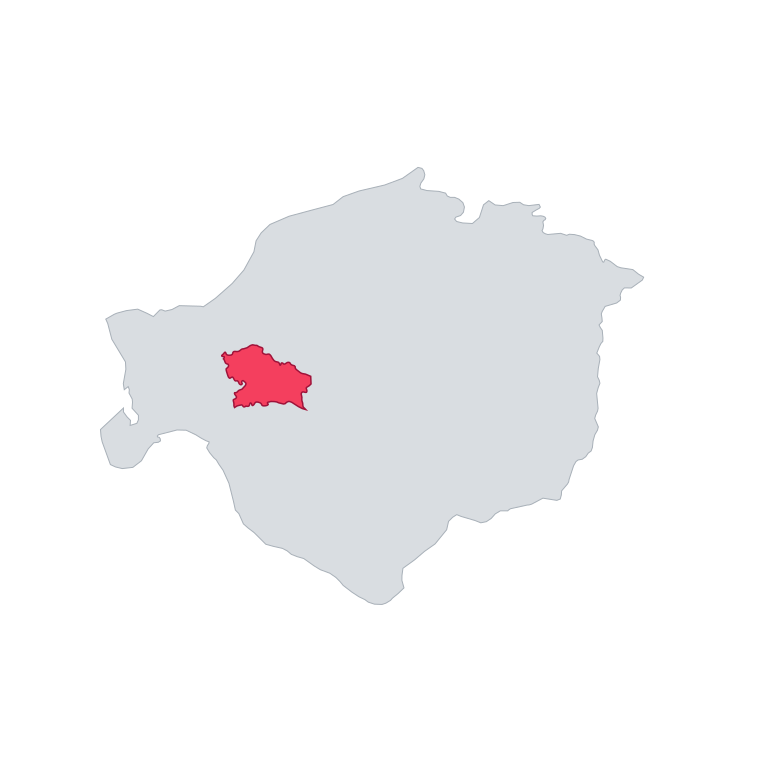 Buzau on a map of Romania (Albers equal-area conic projection), rotated 152°
{"feature_id": "ROU-314", "entity_name": "Buzau", "entity_type": "County", "adm_level": 1, "iso_a3": "ROU", "parent_name": "Romania", "parent_adm1": "", "projection": "albers", "projection_center": [26.856, 45.281], "detail": "fine", "context": "in_parent", "style": "filled", "palette": "rose", "viewbox_px": 768, "rotation_deg": 152, "n_neighbors": 0, "source": "natural_earth", "source_scale": "10m", "svg_char_len": 6725}
<svg xmlns="http://www.w3.org/2000/svg" viewBox="0 0 768 768"><g transform="rotate(152 384 384)"><path d="M574.0,427.5L580.4,436.1L588.4,440.6L607.0,445.1L608.6,444.5L608.8,443.6L607.5,442.4L607.3,440.7L608.1,438.7L610.6,438.5L614.9,440.2L622.7,437.4L634.2,430.1L644.9,428.3L654.8,432.2L660.0,436.8L663.4,441.3L662.6,447.0L662.1,450.5L660.0,465.2L658.4,470.7L655.7,476.9L625.3,485.1L627.2,481.6L626.3,475.5L624.9,470.9L627.6,466.6L620.7,465.3L617.7,467.6L615.5,471.7L617.8,480.9L614.6,486.0L613.4,488.9L613.4,495.7L611.5,498.6L611.1,501.8L616.0,500.9L614.0,506.7L605.0,518.2L601.9,524.9L603.3,551.3L599.5,567.2L599.2,571.9L589.3,572.2L586.4,571.9L576.9,569.7L566.3,565.7L560.0,557.6L556.0,551.8L547.1,554.6L545.4,553.9L543.0,551.1L536.2,549.3L528.0,549.3L509.3,538.7L507.3,537.0L492.7,538.8L470.9,544.0L454.2,550.4L436.8,561.8L429.7,570.5L421.5,575.1L409.8,578.4L389.1,576.7L367.7,571.8L344.7,566.4L332.1,568.6L315.3,566.1L290.1,559.4L271.2,556.9L252.3,559.3L249.3,556.6L248.8,553.7L249.7,549.6L252.5,546.4L257.1,544.1L259.6,541.6L260.0,539.0L255.2,534.6L245.1,528.3L241.0,524.5L240.0,523.6L239.9,520.3L237.9,517.7L234.0,515.6L231.1,512.1L229.2,507.1L229.9,502.5L233.2,498.4L237.3,496.8L242.2,497.6L244.2,496.5L243.6,493.4L239.0,489.3L230.6,484.2L221.6,486.2L212.0,495.5L205.4,496.7L201.8,489.9L195.0,485.5L184.9,483.7L178.8,480.7L176.7,476.8L172.4,473.5L162.8,469.8L162.9,466.8L164.5,466.2L168.0,466.2L172.7,465.9L173.6,464.2L173.7,462.7L170.2,460.5L166.6,458.9L164.7,457.4L163.6,455.9L163.4,454.3L164.6,453.4L166.1,453.4L167.6,452.6L168.7,449.1L170.9,446.3L172.4,445.3L172.4,443.1L171.1,441.0L169.2,439.1L166.3,437.9L157.3,434.1L152.9,429.5L150.0,429.2L145.7,426.5L141.1,422.4L137.2,416.9L132.9,413.1L131.9,411.6L131.9,410.3L132.8,408.9L132.9,407.3L132.1,402.0L133.3,396.6L133.5,391.5L133.6,389.2L132.8,388.4L131.9,389.1L130.7,390.0L129.6,390.1L126.6,386.1L123.0,378.2L120.3,375.4L115.0,371.5L110.6,368.2L107.7,361.5L104.6,356.4L107.1,354.5L120.6,352.7L126.6,356.0L129.5,355.2L132.4,353.1L134.0,351.4L134.4,349.5L135.9,347.1L140.5,346.3L152.3,348.7L157.3,345.6L159.2,343.9L160.6,339.9L162.0,336.7L166.4,335.2L166.5,332.2L166.1,328.9L169.1,321.8L170.8,318.9L173.3,318.0L176.3,315.9L181.6,311.4L180.7,307.2L181.9,304.2L187.6,297.0L192.1,290.1L192.2,286.4L193.0,283.3L196.7,280.1L200.7,275.8L206.4,262.0L208.2,259.8L211.6,257.3L214.1,254.7L214.9,245.5L217.2,243.0L221.7,240.2L226.1,235.6L229.8,230.1L232.6,227.6L236.1,227.1L240.0,225.1L244.3,224.5L248.3,225.8L250.9,225.4L255.0,222.8L265.4,212.8L267.0,210.8L269.1,209.5L277.3,206.3L279.5,202.8L282.4,199.7L286.0,200.1L297.3,208.6L309.9,208.6L312.1,209.0L312.9,209.2L314.4,209.9L330.9,214.5L333.5,214.2L334.2,213.9L340.8,217.4L346.7,217.1L352.4,215.0L358.3,214.4L363.7,216.0L367.7,220.7L378.0,230.8L381.1,234.5L386.0,234.1L391.5,232.4L397.1,225.9L414.0,218.8L426.8,217.2L439.4,214.4L453.8,212.4L458.1,206.4L460.4,202.2L462.1,194.6L469.8,192.4L477.2,190.9L479.8,189.9L485.2,189.6L489.3,190.3L495.8,194.1L500.3,198.8L502.1,202.6L506.0,207.9L510.1,215.4L514.6,225.3L515.6,230.3L517.3,235.8L520.7,242.4L527.2,249.7L528.1,251.1L531.1,256.2L536.8,267.6L541.6,272.2L545.8,277.1L547.8,282.1L550.9,286.6L557.9,292.6L563.6,298.0L568.4,313.7L571.7,320.9L573.8,326.5L573.0,337.7L574.4,342.5L571.9,351.4L567.5,369.2L566.6,383.3L567.5,390.9L567.7,395.7L568.9,398.8L570.2,405.2L570.5,410.8L568.9,412.5L566.5,413.8L565.6,415.0L567.8,417.5L570.9,422.1L574.0,427.5Z" fill="#d9dde1" stroke="#a8b0b8" stroke-width="1"/><path d="M460.3,415.2L461.4,414.6L461.9,413.8L462.4,411.9L462.8,410.7L463.7,409.2L464.2,408.1L464.5,407.0L464.6,406.1L464.9,405.0L465.9,402.7L466.1,401.7L465.9,400.7L465.6,400.0L465.1,398.2L467.7,400.7L470.2,404.3L474.0,411.1L475.2,412.5L476.2,413.3L477.9,413.6L478.7,413.5L479.4,413.4L480.1,413.1L480.8,413.1L482.2,413.6L485.9,416.9L487.2,418.6L489.3,420.1L491.8,421.5L492.5,421.8L493.7,422.0L494.5,422.3L495.1,422.4L495.5,422.3L495.8,422.1L495.9,421.7L495.9,421.2L495.7,420.7L495.8,420.4L496.3,420.1L497.2,420.0L498.6,420.3L500.4,421.1L501.4,421.9L501.7,422.6L501.7,423.4L501.7,424.4L502.2,425.5L503.7,427.1L504.8,427.8L505.6,428.1L506.4,428.0L507.1,427.7L508.5,426.9L509.2,426.7L510.0,426.6L510.4,427.0L510.5,427.5L510.3,429.1L510.6,429.8L511.1,430.0L511.6,429.7L512.1,429.2L512.6,428.7L513.2,428.2L513.7,428.0L514.7,428.2L515.4,428.6L516.0,429.1L516.4,429.3L517.5,429.2L518.2,429.4L518.7,429.8L518.9,430.4L519.0,431.0L519.1,431.7L519.5,432.4L520.1,432.6L523.0,433.4L524.3,433.6L527.0,433.4L526.8,435.1L525.8,437.0L525.4,438.2L524.9,440.1L524.4,440.8L523.6,440.9L522.7,440.8L521.8,440.8L520.7,441.3L520.3,442.0L520.3,442.9L520.6,444.8L520.4,446.0L520.0,446.4L519.6,446.3L519.1,446.0L518.5,445.8L517.7,445.8L515.4,446.5L514.6,446.5L511.8,446.1L507.0,447.8L506.2,448.5L505.7,449.2L505.6,449.9L505.7,450.5L506.6,452.8L506.9,453.2L507.5,453.3L508.2,453.2L508.7,452.6L508.9,452.1L509.0,451.5L509.0,450.9L509.3,450.6L509.9,450.4L510.4,450.4L511.0,450.7L511.3,451.2L511.6,451.8L511.7,452.5L511.6,454.2L511.7,455.1L512.0,455.7L512.6,456.0L513.3,456.2L513.8,456.6L514.1,457.2L514.2,458.1L514.2,459.8L514.2,460.5L514.4,461.1L514.9,461.4L515.7,461.5L517.1,461.4L517.6,461.6L517.9,462.2L518.1,463.0L518.0,464.3L517.7,466.1L517.1,469.3L516.7,470.7L516.2,471.5L514.0,472.1L513.3,472.4L512.6,473.2L512.4,474.0L512.5,474.8L513.1,475.3L513.7,476.1L514.1,477.1L513.7,481.0L514.0,481.6L512.6,482.3L512.4,482.7L512.4,483.2L512.8,483.6L513.5,484.0L513.9,484.4L514.1,484.9L513.9,485.3L513.3,485.6L511.9,485.9L510.2,486.6L509.8,486.7L509.4,486.7L509.2,486.4L509.1,486.0L509.1,485.6L509.2,485.0L509.2,484.5L509.1,483.9L508.8,483.3L508.2,482.7L507.4,482.2L506.4,481.7L505.1,481.3L504.1,481.4L503.4,481.9L502.8,482.6L501.9,483.1L501.1,483.1L500.2,482.7L498.5,481.6L497.0,481.1L495.9,481.1L493.8,481.5L492.9,481.5L492.2,481.3L491.5,481.0L487.9,480.3L484.0,480.7L482.5,480.5L481.5,480.2L479.4,478.5L478.1,477.8L476.9,475.7L474.7,473.4L474.4,472.6L474.5,471.8L474.9,471.2L475.9,470.1L476.4,469.4L476.5,468.2L476.2,467.5L475.8,466.9L474.4,465.5L473.9,465.3L472.2,464.8L471.3,464.2L470.9,463.3L470.6,462.0L470.5,458.8L470.3,457.6L470.1,456.3L469.7,455.5L469.2,454.7L467.8,453.5L466.9,452.6L466.8,451.6L466.8,450.7L467.0,450.1L466.9,449.4L466.6,449.3L466.1,449.5L465.2,450.4L464.7,450.7L464.2,450.5L463.6,450.0L463.3,448.9L462.7,448.4L462.0,448.2L459.4,448.4L458.6,448.2L457.7,447.7L457.3,447.1L457.1,446.5L457.1,445.8L456.9,444.8L456.3,443.9L454.6,442.2L454.3,441.2L454.4,440.6L454.8,440.0L454.9,439.2L454.6,437.9L452.6,433.4L451.8,432.2L451.0,431.4L448.6,429.5L445.1,425.2L448.4,418.3L450.7,417.6L453.6,417.4L454.3,417.2L454.7,416.7L455.0,415.1L455.2,414.3L455.8,413.4L456.4,413.1L457.0,413.3L457.6,413.7L458.7,414.7L459.3,415.1L460.3,415.2Z" fill="#f43f5e" stroke="#9f1239" stroke-width="1.5"/></g></svg>